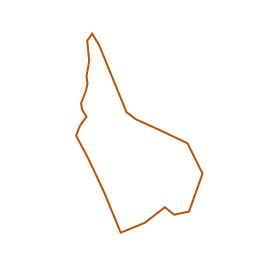 SVG path tracing the border of Amolatar, rotated 67°
{"feature_id": "UGA-3070", "entity_name": "Amolatar", "entity_type": "County", "adm_level": 1, "iso_a3": "UGA", "parent_name": "Uganda", "parent_adm1": "", "projection": "albers", "projection_center": [32.647, 1.635], "detail": "fine", "context": "isolated", "style": "outline", "palette": "amber", "viewbox_px": 256, "rotation_deg": 67, "n_neighbors": 0, "source": "natural_earth", "source_scale": "10m", "svg_char_len": 463}
<svg xmlns="http://www.w3.org/2000/svg" viewBox="0 0 256 256"><g transform="rotate(67 128 128)"><path d="M199.1,77.2L228.8,104.5L225.8,119.5L215.3,125.0L221.8,149.4L221.5,175.6L176.6,175.1L140.3,176.5L114.8,178.8L107.1,171.3L101.4,161.8L92.9,163.1L86.9,161.5L77.8,152.6L71.5,148.0L64.3,146.0L51.0,137.5L31.6,131.4L27.2,124.1L40.5,122.2L92.3,122.9L112.9,123.2L123.1,117.3L142.5,99.4L165.4,79.2L199.1,77.2Z" fill="none" stroke="#b45309" stroke-width="2"/></g></svg>